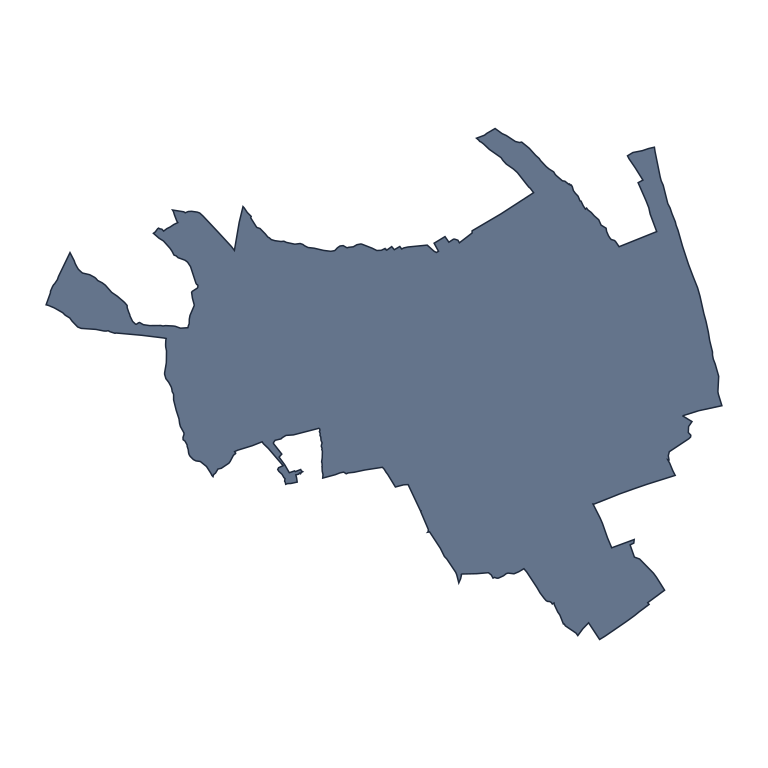 outline of Suletea, Vaslui, Romania
{"feature_id": "2599482B74545700533017", "entity_name": "Suletea", "entity_type": "district", "adm_level": 2, "iso_a3": "ROU", "parent_name": "Romania", "parent_adm1": "Vaslui", "projection": "mercator", "projection_center": [27.899, 46.299], "detail": "fine", "context": "isolated", "style": "filled", "palette": "slate", "viewbox_px": 768, "rotation_deg": 0, "n_neighbors": 0, "source": "geoboundaries", "source_scale": "gbopen_adm2", "svg_char_len": 6092}
<svg xmlns="http://www.w3.org/2000/svg" viewBox="0 0 768 768"><path d="M649.1,604.4L647.7,602.7L664.6,590.2L656.5,577.3L653.5,573.2L639.6,559.0L634.4,557.1L630.1,544.9L633.8,543.1L634.2,539.5L611.7,547.8L607.5,537.8L602.5,523.5L600.2,518.2L593.0,504.0L594.3,504.0L619.4,494.0L632.5,489.3L647.0,484.3L675.2,475.4L672.8,470.7L669.7,463.2L667.6,459.5L669.0,459.8L668.3,455.7L669.3,451.7L688.9,438.7L690.6,437.0L690.8,435.2L688.3,432.5L688.6,426.5L692.0,421.6L683.0,416.1L683.2,415.6L698.8,410.7L721.9,405.7L718.4,394.3L717.9,391.7L718.7,376.3L715.2,364.0L713.3,359.1L712.5,355.0L712.5,352.0L709.7,340.6L708.3,331.9L706.0,321.3L703.9,313.7L700.0,296.2L697.6,287.8L693.2,276.8L688.5,264.4L682.5,246.1L678.0,230.2L676.1,225.2L675.3,221.8L672.0,213.7L670.1,208.0L667.8,203.6L663.2,185.2L661.2,180.8L660.2,177.0L655.0,151.3L654.4,147.2L648.7,148.5L642.2,150.7L632.9,152.5L627.5,155.8L629.1,158.9L635.2,167.8L642.9,180.1L638.1,182.7L646.1,200.9L648.8,207.8L650.2,214.2L656.7,231.6L619.1,246.7L615.4,241.3L614.3,240.4L611.2,239.5L609.8,237.8L608.5,235.8L606.6,231.4L606.1,228.2L601.1,225.1L598.7,219.7L594.3,215.9L591.3,212.5L587.8,209.8L586.6,208.1L585.4,209.1L583.2,205.7L581.0,201.1L580.2,201.0L579.8,200.4L578.1,196.2L575.2,193.1L573.4,190.6L572.3,186.7L571.3,185.0L570.3,185.2L570.0,184.4L569.3,183.9L568.8,184.3L564.9,181.2L562.4,180.8L556.2,175.5L555.1,174.3L553.7,171.9L549.1,169.0L546.2,166.6L540.5,160.5L539.2,158.5L535.6,155.3L529.3,148.3L521.7,142.1L519.4,142.5L515.4,141.5L506.3,135.5L502.1,133.6L495.1,128.5L486.7,133.4L484.5,135.2L476.5,138.2L478.6,140.0L479.7,141.4L481.3,142.2L483.6,144.0L489.3,149.4L501.0,157.6L503.0,160.5L506.3,164.1L513.4,169.0L517.4,172.6L526.8,184.6L528.9,187.2L530.2,188.2L533.6,192.7L500.9,213.9L472.1,230.8L472.1,233.0L459.4,242.8L457.9,240.2L454.6,239.1L453.4,239.2L448.9,242.2L445.0,236.6L434.1,243.2L438.5,251.3L436.4,252.5L434.0,251.2L427.2,245.1L407.9,247.0L403.8,247.9L401.7,249.0L399.8,246.5L394.3,249.7L391.7,246.6L386.7,250.2L386.1,249.9L385.8,249.1L385.3,249.2L385.0,248.5L381.3,250.3L376.8,250.5L372.2,248.2L361.7,244.1L360.6,244.0L356.9,244.7L353.3,246.8L348.6,247.3L347.5,247.7L346.6,247.6L343.2,245.6L340.0,246.0L337.4,247.8L335.1,250.3L334.3,250.7L330.8,251.3L323.6,250.4L314.2,248.2L308.0,247.5L304.5,245.7L302.8,244.4L300.1,243.5L294.9,244.2L286.4,242.4L283.9,241.2L281.0,241.5L275.0,240.7L271.3,239.6L269.4,237.9L267.8,237.0L265.3,233.9L260.0,228.5L257.0,227.5L256.4,226.9L250.7,217.8L251.2,216.4L247.3,212.5L244.2,207.9L243.0,206.6L239.2,222.3L234.4,250.4L231.3,246.4L218.4,232.4L203.0,216.0L199.7,213.0L197.2,212.1L191.6,211.3L188.3,211.5L185.2,212.8L183.8,211.8L172.5,210.0L173.5,211.7L174.4,214.8L176.7,220.8L177.8,222.6L173.8,224.5L170.3,226.9L166.9,228.6L163.6,231.1L161.9,229.2L159.7,228.8L158.6,228.1L157.7,228.7L155.2,232.0L153.4,233.3L159.0,238.2L163.5,241.0L170.1,248.4L172.1,251.4L174.0,255.1L176.2,255.9L178.1,257.7L185.0,260.2L187.6,262.2L190.5,266.6L195.9,283.1L196.7,284.5L197.5,284.7L197.9,285.5L197.8,287.3L197.3,288.1L192.3,291.3L191.6,292.3L192.4,298.1L194.2,304.8L194.2,305.6L190.0,315.4L189.3,319.1L189.2,323.7L188.4,325.6L187.9,327.7L180.5,328.2L175.3,326.3L173.3,326.0L165.5,325.6L162.9,326.0L160.9,325.5L149.7,325.6L143.4,324.7L139.6,322.5L138.5,322.8L136.3,324.3L135.6,324.2L132.6,321.4L130.0,316.0L129.7,314.5L128.7,312.2L127.2,307.7L127.1,305.4L124.6,302.5L117.3,296.2L111.7,292.4L105.4,285.2L102.2,282.8L97.7,280.5L96.0,278.5L94.7,277.4L89.7,274.7L82.4,273.0L80.6,271.4L78.3,269.2L76.6,266.3L75.1,263.4L74.2,260.7L70.0,252.6L58.5,276.4L57.4,279.6L54.5,283.9L53.7,284.6L52.6,286.4L50.5,291.2L50.4,292.9L46.1,304.8L48.0,305.3L54.1,307.8L62.7,312.7L65.2,315.2L69.8,318.0L72.1,321.2L77.7,327.0L81.2,328.4L95.9,329.4L103.9,331.0L106.1,331.1L108.2,330.7L109.9,331.7L115.0,333.3L116.1,333.0L141.8,335.3L163.9,338.0L166.2,338.5L165.8,340.2L165.6,344.6L165.7,346.9L166.5,350.9L166.4,359.5L166.3,362.9L164.6,372.9L164.6,374.3L165.9,378.7L168.7,382.3L171.2,386.9L171.8,388.9L172.2,391.7L173.4,393.8L173.6,394.7L173.6,399.9L176.2,410.3L179.0,418.9L179.6,423.5L180.4,426.5L183.9,432.8L184.0,434.3L183.0,437.4L183.1,439.7L185.0,441.1L187.1,444.9L187.2,446.5L188.2,449.5L188.6,452.9L189.1,454.6L190.1,456.3L193.4,459.6L196.0,460.9L200.3,461.5L206.5,466.5L210.8,473.2L211.9,475.4L213.0,476.6L213.6,474.6L215.5,473.1L218.0,469.0L221.3,468.3L228.9,463.2L230.2,461.4L233.3,455.5L234.5,454.3L235.4,453.8L235.7,453.2L234.6,451.6L237.7,450.2L252.3,445.7L262.1,441.8L263.4,443.7L268.3,448.4L283.1,465.7L278.6,467.7L277.7,469.5L278.8,471.3L282.1,474.4L283.9,477.6L285.0,478.6L284.6,481.2L285.3,482.4L285.7,484.3L287.6,483.6L290.8,483.5L297.2,482.1L296.6,477.8L295.8,474.9L298.8,474.1L299.5,473.0L300.5,473.0L300.7,473.5L301.4,472.4L302.7,471.7L301.3,470.8L300.7,469.5L295.3,471.6L294.6,470.9L289.3,472.7L284.8,464.9L279.1,457.1L281.8,454.1L274.0,444.2L273.4,443.2L273.5,442.6L275.1,440.3L281.0,438.9L282.4,437.6L286.0,435.4L293.4,434.9L318.9,428.3L319.8,429.1L319.9,430.5L319.4,431.6L320.2,433.5L320.0,435.4L320.8,437.1L321.0,440.3L322.1,442.9L321.4,445.2L321.3,446.4L322.1,448.4L321.8,449.5L322.4,451.2L322.2,458.0L321.6,462.0L322.0,462.9L322.2,465.9L321.9,466.8L322.2,467.4L322.1,468.0L322.2,471.1L323.0,474.6L322.7,478.1L335.3,474.7L339.9,472.9L343.7,472.1L346.2,473.8L348.3,472.9L354.0,472.3L364.8,470.0L382.4,467.3L384.3,469.3L386.0,472.2L387.7,474.4L395.4,487.0L403.7,484.8L408.1,484.6L420.5,510.9L421.0,510.9L420.8,511.8L428.3,529.4L428.2,531.6L427.7,532.2L429.6,531.9L440.4,548.4L444.4,556.5L446.8,559.0L455.7,572.3L456.7,574.7L458.8,582.9L460.6,578.8L461.4,575.3L461.3,574.4L462.0,574.0L476.7,573.7L488.4,572.7L491.3,575.0L493.0,578.1L494.6,577.4L496.5,578.1L497.6,578.2L498.5,578.1L503.5,575.8L506.3,573.6L508.1,573.1L514.0,573.8L518.7,571.8L523.9,568.7L526.8,572.1L537.1,587.8L540.1,593.0L544.1,598.3L546.1,600.6L547.5,601.4L549.8,601.6L551.2,602.4L552.3,604.0L554.0,603.0L554.4,604.9L557.8,612.1L559.9,615.1L563.4,624.0L564.2,624.0L565.4,625.9L576.0,633.1L577.8,635.6L582.9,628.7L588.6,622.8L599.6,639.5L605.3,636.0L626.0,621.8L634.7,615.5L639.2,611.8L649.1,604.4Z" fill="#64748b" stroke="#1e293b" stroke-width="1.5"/></svg>